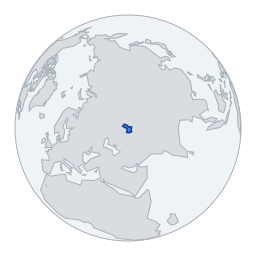 South Kazakhstan highlighted on a globe, orthographic projection, rotated 311°
{"feature_id": "KAZ-3251", "entity_name": "South Kazakhstan", "entity_type": "Region", "adm_level": 1, "iso_a3": "KAZ", "parent_name": "Kazakhstan", "parent_adm1": "", "projection": "orthographic", "projection_center": [68.818, 43.271], "detail": "coarse", "context": "on_globe", "style": "filled", "palette": "blue", "viewbox_px": 256, "rotation_deg": 311, "n_neighbors": 0, "source": "natural_earth", "source_scale": "10m", "svg_char_len": 11139}
<svg xmlns="http://www.w3.org/2000/svg" viewBox="0 0 256 256"><g transform="rotate(311 128 128)"><circle cx="128" cy="128" r="113" fill="#eef3f6" stroke="#a8b0b8"/><path d="M146.2,16.8L145.5,16.8L143.2,16.4L142.9,16.5L145.9,17.1L147.9,17.6L151.1,20.8L160.2,25.9L165.5,27.5L162.4,27.4L174.3,30.7L180.8,34.6L171.8,30.3L169.7,30.0L173.4,32.6L172.0,32.9L173.0,34.4L171.0,34.6L165.9,32.3L164.5,32.5L167.2,34.3L166.9,35.9L163.2,33.1L162.3,35.7L153.6,33.0L145.3,26.4L139.0,26.0L126.3,22.6L125.8,23.5L120.8,23.2L118.4,24.2L116.7,23.6L116.3,25.0L118.3,25.5L118.7,26.3L117.5,27.0L115.2,26.2L115.4,25.7L114.1,25.9L113.4,25.2L113.1,25.9L110.4,25.0L111.2,27.1L107.5,27.3L106.2,26.4L108.8,25.0L112.0,20.4L111.5,19.6L108.2,19.5L96.9,22.1L95.3,21.9L91.4,22.7L91.1,23.3L94.1,23.0L92.7,24.6L96.5,24.2L96.5,24.9L99.4,25.3L96.4,26.9L91.8,28.3L89.2,28.1L87.1,28.8L87.5,30.5L80.6,31.9L72.5,36.1L71.0,36.4L71.9,34.0L77.2,29.9L78.4,27.8L75.0,30.9L71.3,32.1L69.6,33.2L68.2,34.3L68.6,34.6L66.8,35.6L69.5,32.5L71.1,31.6L70.3,32.5L72.8,30.7L74.5,29.1L72.5,30.1L75.8,28.2L83.1,24.7L90.6,21.8L98.3,19.4L106.1,17.5L114.1,16.2L122.1,15.5L130.1,15.4L138.2,15.8L146.2,16.8ZM149.0,17.8L146.1,17.2L143.9,16.6L146.5,17.0L149.0,17.8ZM153.0,19.6L151.2,19.2L151.6,18.7L152.5,19.1L153.0,19.6ZM169.7,28.7L167.6,27.5L170.1,28.6L169.7,28.7ZM173.4,34.5L174.5,34.8L174.5,35.5L173.4,34.5ZM100.9,24.5L100.2,24.9L100.0,24.6L100.9,24.5ZM102.9,24.3L103.2,23.7L104.2,23.5L104.0,23.9L102.9,24.3ZM171.6,36.5L171.3,37.7L170.7,36.1L171.6,36.5ZM102.3,25.2L105.9,23.4L107.6,23.1L108.2,24.5L102.3,25.2ZM170.6,38.1L170.1,41.0L172.4,41.9L165.7,41.4L168.3,38.9L167.2,36.8L169.1,38.0L170.6,38.1ZM119.4,25.3L117.2,24.8L120.2,24.6L119.4,25.3ZM121.2,25.0L129.5,23.4L132.1,24.6L128.8,24.8L133.1,26.0L130.3,27.3L127.3,27.0L126.1,25.9L125.9,27.2L121.2,25.0ZM162.1,40.8L161.2,41.3L161.1,40.4L162.1,40.8ZM119.1,26.6L120.6,26.1L123.0,27.1L120.5,28.3L120.5,27.6L119.1,26.6ZM135.6,25.8L136.9,26.8L135.0,28.1L135.2,28.7L130.4,27.5L135.6,25.8ZM119.4,27.7L119.2,28.9L116.9,29.1L117.9,27.2L119.4,27.7ZM124.6,26.9L125.6,27.5L124.3,27.5L124.6,26.9ZM109.0,31.0L110.6,30.2L112.0,30.6L109.0,31.0ZM119.2,29.3L120.0,29.2L120.7,29.4L120.1,30.2L119.2,29.3ZM129.4,28.6L128.3,28.9L131.3,29.1L129.9,30.3L127.0,29.3L127.7,30.2L127.3,30.5L125.3,29.3L129.4,28.6ZM121.8,31.4L117.5,30.8L114.1,32.0L112.8,31.7L118.5,29.7L121.8,31.4ZM124.0,30.3L122.3,30.9L121.5,30.0L122.2,29.1L124.0,30.3ZM130.1,31.4L132.9,30.0L133.5,30.2L130.1,31.4ZM120.9,31.9L122.0,32.1L120.8,32.1L120.9,31.9ZM127.5,31.7L128.4,31.1L129.0,31.5L127.5,31.7ZM123.3,33.0L121.9,32.7L122.3,32.0L123.3,33.0ZM125.3,32.5L125.9,33.1L123.3,32.0L125.6,32.2L125.3,32.5ZM127.9,32.1L128.5,32.1L127.4,32.3L127.9,32.1ZM122.5,35.8L119.1,34.5L120.0,32.9L123.2,34.4L122.5,35.8ZM56.1,214.7L53.9,212.8L47.3,206.1L37.3,191.6L37.6,188.2L36.1,183.4L30.4,168.2L31.6,163.3L30.5,159.3L28.0,157.0L26.9,152.1L25.6,150.1L18.7,139.4L17.7,130.8L19.3,111.8L21.4,108.9L23.8,102.7L39.8,96.6L40.9,101.3L51.0,109.6L51.8,111.7L48.2,115.9L53.8,129.8L58.5,127.5L66.0,136.8L72.5,140.0L79.2,131.2L68.5,125.7L69.1,119.7L79.6,119.9L89.4,125.0L89.9,122.9L85.8,115.8L90.1,113.3L84.6,113.1L85.3,115.9L81.9,115.9L81.0,113.4L82.6,112.5L80.3,110.2L73.4,115.3L73.4,118.7L66.0,115.8L65.2,121.3L62.4,122.2L62.7,113.3L64.3,111.0L63.1,99.7L60.7,101.8L61.7,112.8L60.5,111.0L57.4,114.4L58.8,110.5L58.3,98.3L53.0,95.2L42.6,99.2L40.3,96.9L39.9,91.9L47.4,83.6L51.8,89.8L54.5,87.3L56.7,81.0L57.9,83.5L59.3,81.8L61.3,84.0L67.1,82.7L69.6,84.5L74.9,79.9L76.9,80.4L73.2,82.9L71.9,85.8L78.4,90.7L80.6,90.4L83.5,87.1L84.9,89.1L86.9,85.3L92.1,86.6L87.4,82.0L90.7,78.4L95.4,77.2L95.7,75.3L87.9,77.3L85.6,79.0L84.9,81.7L77.9,85.9L75.0,85.1L79.2,77.9L75.6,76.2L80.5,71.6L98.4,68.3L104.3,69.3L107.9,78.4L104.8,80.2L102.0,77.6L101.8,83.3L103.2,81.2L104.3,82.9L107.8,80.3L108.8,81.5L110.4,77.1L112.0,78.2L110.9,81.0L117.4,78.4L121.6,80.0L122.5,79.0L122.4,77.3L127.8,80.7L128.3,79.8L126.7,78.3L126.6,75.5L128.6,72.1L130.4,73.4L129.9,74.8L131.5,80.1L129.9,83.9L130.9,84.1L132.6,81.1L130.7,74.7L131.4,72.3L132.8,75.1L132.3,73.9L133.2,73.1L135.7,73.7L134.4,70.6L141.9,61.3L147.6,61.7L148.0,65.1L155.1,60.9L160.9,62.3L159.4,60.8L161.8,58.2L160.0,57.7L159.5,56.8L164.9,50.4L167.5,50.2L168.2,46.4L167.5,45.7L165.6,45.6L165.7,41.4L172.4,41.9L173.8,43.4L177.1,42.9L179.7,46.4L183.4,49.3L184.4,53.9L187.2,56.0L188.2,55.6L192.7,58.4L198.8,66.0L189.7,61.5L179.7,51.7L183.4,55.7L181.3,55.4L181.8,57.3L184.5,60.3L185.6,60.2L183.5,69.0L187.6,79.0L190.3,76.1L193.8,77.3L200.8,87.5L202.0,106.4L206.6,109.2L208.0,112.2L206.5,115.8L204.4,111.4L201.4,111.4L200.4,108.6L197.3,113.3L195.8,109.5L194.1,115.2L196.6,117.5L199.9,114.5L199.1,121.5L204.6,124.4L207.1,130.3L204.0,144.7L198.1,151.5L198.2,153.6L194.9,152.8L191.9,158.3L199.2,166.0L199.5,169.0L194.0,177.2L193.6,175.2L184.9,173.2L184.3,180.6L190.9,183.7L193.3,189.1L188.6,189.0L186.1,184.3L183.0,183.4L183.1,177.3L179.2,169.1L174.4,172.4L174.1,168.6L167.9,162.0L160.7,166.2L149.6,178.3L149.2,187.8L144.9,192.2L136.9,179.4L135.0,169.9L131.0,170.9L123.7,162.5L107.9,160.6L106.6,157.7L103.4,158.5L98.4,154.8L96.8,150.0L93.3,149.5L97.9,162.0L101.7,162.6L106.2,159.1L106.7,163.2L111.7,167.4L102.8,175.4L81.0,178.2L80.4,170.7L72.1,145.8L73.3,143.7L73.3,143.4L73.3,142.9L70.9,146.0L70.0,141.1L72.7,158.0L72.5,164.3L80.6,178.5L79.5,179.2L82.6,182.4L94.5,182.9L94.2,185.1L87.6,193.8L72.5,201.6L75.5,210.1L76.0,215.8L68.7,216.0L71.5,220.4L68.0,219.7L69.2,221.6L67.6,221.9L64.2,220.6L56.2,214.8L56.1,214.7ZM31.7,103.1L30.6,104.7L30.6,104.8L31.7,103.1ZM98.0,135.6L104.9,137.8L104.7,130.5L107.3,130.8L106.2,128.3L104.6,129.9L102.4,123.2L106.4,122.0L107.1,119.0L104.8,118.1L97.8,121.3L100.8,130.9L98.0,133.1L98.0,135.6ZM71.1,32.3L70.9,32.6L69.3,33.8L69.5,33.3L71.1,32.3ZM65.1,39.0L62.4,40.4L64.5,39.0L64.3,38.5L68.7,35.1L70.5,36.4L68.9,36.3L65.1,39.0ZM75.0,31.3L72.0,33.1L75.2,31.1L75.0,31.3ZM65.4,71.1L65.1,73.2L62.8,74.5L59.7,72.8L62.9,70.8L65.4,71.1ZM65.1,75.9L70.2,69.5L72.3,70.5L70.2,71.0L71.1,72.3L68.1,73.4L65.2,80.9L63.0,82.6L58.4,78.2L61.1,78.6L61.3,76.4L65.1,75.9ZM79.3,53.7L81.6,51.6L83.3,56.4L81.0,57.9L77.8,56.1L78.6,53.4L79.3,53.7ZM102.6,28.3L103.4,27.6L104.0,27.8L103.9,28.5L102.6,28.3ZM109.6,30.5L100.1,31.7L100.4,30.9L94.4,32.8L93.0,31.5L97.0,30.3L91.4,30.9L94.4,29.2L90.5,29.9L99.4,27.3L101.9,26.0L99.7,27.9L100.9,29.0L102.2,29.2L107.6,28.7L113.5,26.8L115.7,27.9L115.6,29.2L114.5,29.8L113.5,28.8L112.8,30.3L110.4,29.5L109.6,30.5ZM113.7,46.7L113.0,44.8L111.2,48.8L108.8,47.4L108.7,48.0L106.0,47.9L102.7,48.9L102.0,48.1L100.9,48.8L99.1,48.9L97.5,49.7L95.7,48.5L93.5,49.5L93.9,48.4L90.7,50.4L92.2,48.4L90.0,48.5L89.7,50.3L83.7,43.1L79.9,42.1L76.0,42.4L79.2,39.2L84.9,37.1L91.3,36.2L94.4,37.8L95.3,36.3L97.0,36.7L95.6,37.7L98.8,36.3L99.9,37.0L105.6,36.9L109.6,34.7L111.8,34.7L110.8,35.9L113.7,35.1L113.2,37.4L114.8,37.5L115.9,40.0L113.0,42.4L115.0,42.4L115.9,44.4L113.7,46.7ZM122.7,36.5L119.8,39.4L117.0,40.2L116.2,35.6L114.9,35.2L114.3,32.5L118.3,31.5L118.1,32.3L118.8,32.9L117.3,33.0L119.0,33.4L118.8,34.6L120.2,35.2L118.9,36.0L122.7,36.5ZM54.3,111.1L55.3,112.3L57.1,113.5L55.1,115.7L54.3,111.1ZM53.8,102.8L54.9,103.4L53.0,106.9L52.1,105.8L53.8,102.8ZM57.1,100.8L55.1,103.1L55.6,101.2L57.1,100.8ZM74.3,83.2L75.7,83.7L75.2,84.6L73.7,85.4L74.3,83.2ZM107.8,59.1L107.8,57.6L108.6,57.5L110.8,54.6L112.7,55.5L112.1,57.5L107.8,59.1ZM76.5,132.0L73.7,133.0L73.1,131.6L74.2,131.5L76.5,132.0ZM63.2,124.4L65.5,127.5L62.6,125.0L63.2,124.4ZM110.3,59.5L111.0,58.2L111.5,59.5L110.3,59.5ZM114.2,56.0L115.1,57.2L113.2,55.2L114.2,56.0ZM93.8,220.3L90.2,227.6L85.2,226.2L83.0,223.4L83.4,218.4L88.7,218.4L91.0,216.2L93.8,220.3ZM213.3,190.4L215.4,189.1L215.2,189.5L213.3,190.4ZM211.1,190.9L213.7,189.2L210.6,192.0L211.1,190.9ZM214.6,188.5L217.2,185.8L218.3,184.4L218.0,185.3L214.6,188.5ZM209.4,192.1L198.9,198.1L194.6,199.4L195.8,197.6L202.8,194.3L209.4,192.1ZM195.4,197.7L188.6,197.0L178.0,189.0L181.8,188.0L192.6,191.1L192.0,192.6L196.1,193.7L195.4,197.7ZM211.3,182.0L210.6,185.9L205.0,189.1L202.4,190.0L200.6,186.4L201.6,183.5L203.8,182.4L211.5,169.1L214.4,169.3L212.2,174.5L214.5,176.1L211.3,182.0ZM149.8,188.6L152.8,193.5L150.4,194.7L149.8,188.6ZM213.9,160.9L211.3,166.8L213.4,159.8L213.9,160.9ZM214.8,154.8L215.3,156.7L213.7,155.6L214.8,154.8ZM198.7,156.5L196.4,158.2L196.0,156.8L198.7,153.8L198.7,156.5ZM209.0,135.3L210.2,139.7L210.2,141.5L208.6,139.5L209.0,135.3ZM127.7,66.7L122.5,69.6L120.1,72.6L120.7,75.6L117.6,72.7L121.4,68.1L127.7,66.7ZM140.0,61.7L139.4,59.3L141.1,59.7L141.5,60.3L140.0,61.7ZM138.6,60.7L135.2,59.1L135.8,57.4L138.4,59.0L138.6,60.7ZM122.6,59.0L120.9,59.7L120.5,58.6L122.6,59.0ZM197.5,216.6L195.3,218.3L197.7,216.3L198.9,213.5L199.9,212.9L201.5,209.9L211.6,200.3L219.4,189.1L223.0,185.6L226.9,177.6L230.0,173.6L227.9,178.7L229.7,176.4L234.2,164.5L233.5,167.5L230.1,175.7L226.0,183.5L221.4,191.0L216.2,198.1L210.5,204.7L204.2,210.9L197.5,216.6ZM218.4,186.5L221.6,181.5L223.0,179.9L218.4,186.5ZM237.2,155.7L236.9,156.8L236.3,157.5L234.7,162.5L231.9,167.6L232.9,164.8L232.8,163.1L229.1,167.4L228.4,166.8L229.9,163.9L227.2,165.9L230.2,161.5L231.2,163.4L232.8,158.6L235.1,155.3L236.9,152.5L237.9,151.6L237.5,153.3L237.7,153.7L237.2,155.7ZM229.7,168.9L230.2,168.2L229.7,169.8L229.7,168.9ZM238.2,150.2L239.4,143.7L239.6,142.9L238.7,148.5L238.2,150.2ZM239.4,142.9L239.7,141.5L239.7,142.1L239.6,142.8L239.4,142.9ZM223.6,173.1L223.4,174.2L222.5,174.3L223.6,173.1ZM224.8,171.4L227.2,169.7L224.5,172.5L224.8,171.4ZM216.0,175.9L216.9,177.4L219.7,173.7L217.5,177.5L219.2,179.5L218.5,181.4L216.9,179.1L215.9,183.6L214.6,184.5L214.1,181.6L215.5,176.4L216.8,173.6L221.8,168.7L216.0,175.9ZM224.8,168.7L224.1,166.8L224.6,164.5L225.4,165.1L224.8,168.7ZM221.6,162.3L219.2,160.9L217.4,163.7L220.7,156.0L222.5,158.6L221.6,162.3ZM219.0,156.8L217.3,159.4L218.8,155.2L219.0,156.8ZM216.7,158.6L216.1,156.5L217.6,155.7L216.7,158.6ZM219.9,156.1L219.6,151.9L220.7,153.6L219.9,156.1ZM214.5,151.8L218.4,153.1L214.0,154.7L212.1,147.1L213.8,145.6L214.5,151.8ZM213.3,112.0L211.9,110.0L213.0,108.1L213.7,110.0L213.3,112.0ZM215.3,100.9L212.9,107.0L210.7,112.2L212.2,112.3L213.1,116.9L210.0,114.7L210.3,108.2L212.3,105.0L211.0,101.4L211.5,97.4L208.9,93.7L208.6,91.2L211.5,93.6L215.3,100.9ZM207.7,92.3L203.5,85.1L206.3,83.5L207.8,84.7L208.6,88.6L207.1,89.2L207.7,92.3ZM203.3,83.0L201.8,83.6L192.3,75.8L191.0,73.9L199.7,78.5L198.7,79.4L200.6,81.7L203.3,83.0ZM162.3,41.9L161.3,41.4L162.5,41.4L162.3,41.9ZM158.5,56.6L158.0,55.4L159.4,55.3L158.5,56.6ZM157.4,52.2L156.1,53.1L156.7,51.5L157.4,52.2ZM153.5,55.2L155.3,53.1L154.6,56.0L153.5,55.2Z" fill="#d9dde1" stroke="#a8b0b8" stroke-width="1"/><path d="M130.2,129.1L131.1,130.0L130.8,130.1L130.6,130.4L130.2,130.4L129.6,131.1L129.2,131.1L128.8,131.4L128.9,131.5L128.3,131.7L128.3,132.1L127.6,132.6L127.7,133.2L127.5,133.3L126.8,132.8L127.0,132.4L126.8,132.4L126.7,132.1L125.0,132.1L124.9,132.0L124.6,130.5L123.9,130.4L123.9,129.7L124.2,129.7L124.6,129.3L125.0,129.3L126.7,128.2L126.8,128.1L126.6,127.9L126.5,128.0L126.5,127.8L126.8,127.1L126.9,126.9L127.1,126.7L126.7,126.1L126.3,125.9L126.3,124.4L125.9,124.1L126.1,123.2L125.9,122.7L128.5,122.8L129.0,123.8L129.5,126.2L129.0,127.7L129.2,128.0L129.8,128.2L130.1,128.5L130.2,129.1Z" fill="#3b82f6" stroke="#1e3a8a" stroke-width="1.5"/></g></svg>